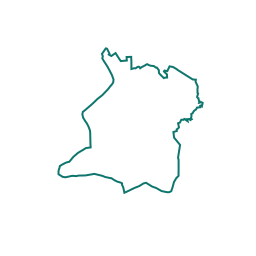 the district of Sunuapa, Chiapas, Mexico, rotated 52°
{"feature_id": "50627088B5498288476190", "entity_name": "Sunuapa", "entity_type": "district", "adm_level": 2, "iso_a3": "MEX", "parent_name": "Mexico", "parent_adm1": "Chiapas", "projection": "orthographic", "projection_center": [-93.257, 17.483], "detail": "fine", "context": "isolated", "style": "outline", "palette": "teal", "viewbox_px": 256, "rotation_deg": 52, "n_neighbors": 0, "source": "geoboundaries", "source_scale": "gbopen_adm2", "svg_char_len": 2870}
<svg xmlns="http://www.w3.org/2000/svg" viewBox="0 0 256 256"><g transform="rotate(52 128 128)"><path d="M128.2,207.8L129.8,204.6L131.0,202.1L131.7,201.0L132.2,200.4L134.0,198.5L135.1,196.2L137.8,192.6L139.2,190.7L143.5,182.7L150.0,177.6L152.3,176.3L152.5,176.2L156.2,173.1L156.3,173.1L156.4,172.9L157.3,172.0L157.6,171.9L161.4,170.6L161.6,170.4L162.0,170.2L163.3,169.7L164.4,168.9L167.3,166.9L168.0,166.8L169.0,167.6L172.3,168.5L176.8,170.7L177.5,167.9L179.2,159.9L180.7,154.8L181.2,150.0L182.3,147.5L189.1,145.0L192.5,142.8L198.3,140.4L200.0,139.0L202.8,136.6L204.0,135.0L204.1,134.3L204.4,132.8L202.8,130.4L202.5,129.9L201.2,128.1L198.8,124.9L198.1,123.0L197.3,121.1L196.8,117.6L194.1,115.5L192.4,114.1L188.2,110.8L187.5,110.3L184.2,107.7L183.8,107.5L182.4,107.0L180.0,104.5L178.7,103.1L173.4,97.4L164.0,97.6L159.1,94.7L160.4,91.4L159.1,90.5L159.2,88.8L159.0,87.9L158.8,87.4L155.1,85.6L155.7,83.7L154.3,80.9L155.7,79.2L155.5,78.1L157.3,77.5L159.4,76.8L158.3,76.2L157.3,76.2L158.8,74.0L160.1,74.0L160.3,72.3L159.0,72.4L157.9,70.8L155.9,69.5L156.0,68.9L156.2,68.2L155.5,66.6L155.1,64.8L155.3,63.0L154.4,61.1L156.2,58.2L154.9,57.4L155.3,56.2L156.2,56.2L154.2,53.7L152.9,54.2L152.4,55.3L151.9,56.4L151.0,55.1L150.3,55.4L147.9,54.2L147.5,54.5L146.1,54.5L145.3,53.4L144.0,51.5L143.0,51.6L142.0,50.7L141.7,50.4L140.8,49.9L138.1,47.4L133.2,46.3L131.7,44.8L129.6,47.1L112.7,53.2L111.6,53.4L107.6,55.0L105.0,57.3L106.4,60.1L107.4,62.0L105.2,63.9L105.6,64.9L109.7,64.3L112.3,66.1L111.1,67.8L110.8,69.0L109.2,69.2L108.0,69.4L107.1,69.5L104.0,69.8L102.8,69.1L101.4,68.1L98.1,68.1L97.8,68.7L96.6,69.1L95.1,69.5L94.4,70.2L93.0,71.7L91.2,72.9L89.5,73.6L89.3,74.7L89.1,76.2L88.8,78.0L88.4,79.9L88.4,81.6L87.6,81.5L87.1,81.5L86.7,81.6L86.3,81.8L86.0,82.3L85.8,82.8L85.7,83.5L85.7,84.3L85.7,84.9L85.4,85.7L84.8,86.2L84.3,87.2L83.6,89.0L78.5,85.0L76.0,83.2L73.9,81.7L71.2,85.4L73.2,86.8L74.1,87.4L70.8,92.5L66.6,92.2L61.3,91.7L61.0,96.8L58.4,97.9L58.2,96.9L52.6,95.7L51.6,96.5L53.6,102.9L55.8,103.6L56.7,104.5L56.9,105.0L57.1,105.2L57.4,105.4L58.1,105.5L60.3,105.8L63.8,106.1L66.0,106.3L67.0,106.4L70.6,107.0L71.2,107.1L73.6,107.6L74.5,107.7L76.1,108.0L78.8,108.9L80.8,109.5L82.8,111.4L82.9,111.6L83.6,113.2L84.3,116.6L85.1,119.7L86.3,128.0L86.3,133.6L86.3,134.2L86.9,139.7L87.2,144.2L87.2,144.8L87.5,150.9L87.5,152.6L87.5,153.7L89.2,155.6L92.3,157.0L94.0,157.2L95.7,157.4L99.0,157.6L102.4,158.2L104.3,158.8L106.5,159.5L108.6,160.8L110.7,162.4L111.5,163.0L112.5,163.7L116.6,166.8L118.3,168.0L120.3,169.4L119.4,170.9L117.9,173.6L117.6,176.5L117.1,180.3L116.9,182.2L116.8,182.8L117.1,188.7L117.6,191.2L117.8,191.9L118.2,193.9L118.5,194.9L118.2,195.6L117.5,197.1L116.9,199.0L116.9,199.3L116.4,201.9L116.3,202.4L116.1,204.1L116.0,205.1L117.2,206.5L118.5,208.5L119.5,209.6L121.7,211.2L125.9,209.7L126.1,209.7L126.6,209.2L128.2,207.8Z" fill="none" stroke="#0f766e" stroke-width="2"/></g></svg>